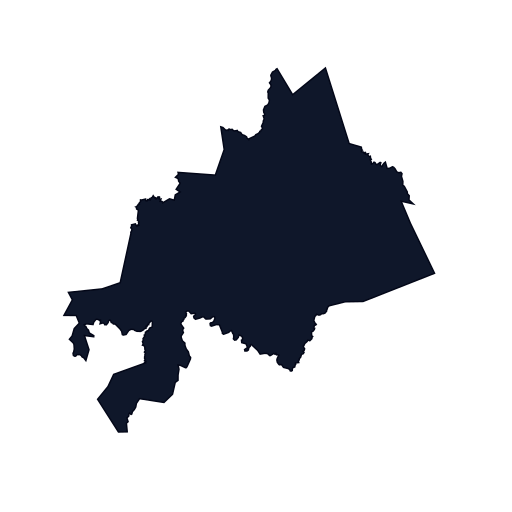 outline of Batopilas, Chihuahua, Mexico, rotated 10°
{"feature_id": "50627088B93587914067010", "entity_name": "Batopilas", "entity_type": "district", "adm_level": 2, "iso_a3": "MEX", "parent_name": "Mexico", "parent_adm1": "Chihuahua", "projection": "mercator", "projection_center": [-107.773, 26.928], "detail": "fine", "context": "isolated", "style": "filled", "palette": "ink", "viewbox_px": 512, "rotation_deg": 10, "n_neighbors": 0, "source": "geoboundaries", "source_scale": "gbopen_adm2", "svg_char_len": 6117}
<svg xmlns="http://www.w3.org/2000/svg" viewBox="0 0 512 512"><g transform="rotate(10 256 256)"><path d="M77.6,324.4L82.8,331.1L77.2,347.8L89.3,345.8L93.7,352.8L89.6,359.0L88.8,366.7L86.7,370.4L91.1,373.3L92.1,374.7L93.2,379.2L93.1,382.3L92.7,383.5L93.2,385.0L93.5,385.7L95.1,386.2L95.9,385.8L96.7,384.3L99.8,383.7L101.2,384.4L102.3,385.6L104.0,386.1L106.6,388.5L107.8,377.3L100.8,364.1L110.2,363.7L110.1,362.6L105.2,360.7L103.8,358.0L102.1,357.0L100.7,355.0L99.4,354.5L98.7,353.5L101.1,352.2L107.4,351.8L107.7,349.3L109.2,346.5L110.1,345.9L111.9,346.0L113.5,346.9L113.4,346.2L114.0,346.1L114.4,348.0L114.2,349.8L117.1,348.4L118.7,349.2L118.9,349.9L120.6,349.7L121.9,347.3L122.2,345.2L123.2,344.4L124.2,345.1L125.0,346.6L126.5,346.9L127.3,347.7L129.2,347.5L134.7,351.4L136.8,353.5L138.0,356.6L139.0,356.9L141.7,355.8L143.6,351.5L145.6,349.9L148.4,349.6L149.4,350.3L151.8,350.8L155.5,350.3L157.9,348.3L158.8,346.9L160.2,346.3L159.9,344.9L160.4,344.8L160.2,344.2L160.9,344.1L161.3,342.2L162.2,342.3L162.3,340.7L163.8,338.3L164.5,338.1L165.4,338.8L166.1,344.0L163.8,345.4L162.8,348.6L161.8,348.5L161.2,349.8L160.4,350.1L160.5,352.8L159.7,353.3L160.3,354.4L159.1,357.0L159.7,358.6L159.0,359.9L160.2,362.2L159.7,363.5L161.4,363.8L162.3,365.1L162.8,367.3L163.6,368.0L162.8,370.0L164.1,370.8L163.7,372.2L164.0,373.8L163.8,374.6L164.1,376.3L164.9,376.7L164.4,378.3L165.6,378.6L166.0,379.2L164.8,380.0L165.6,380.6L136.4,397.3L132.9,410.3L124.9,424.6L151.1,453.2L159.7,451.5L157.4,443.1L158.8,441.4L157.0,437.9L158.5,435.7L158.2,433.8L158.6,432.7L160.5,433.7L161.1,433.2L161.3,430.8L162.8,428.4L163.8,425.6L163.8,421.9L166.1,416.7L190.8,416.2L197.8,406.6L198.4,394.5L200.8,392.0L199.9,386.7L199.8,380.9L198.2,376.8L200.5,376.8L206.0,378.3L206.8,378.0L207.4,376.4L209.3,368.8L209.2,367.2L207.7,366.0L206.0,362.1L203.4,359.6L202.1,357.4L201.4,356.0L201.1,354.1L198.2,352.3L196.5,349.2L196.2,347.8L197.8,344.0L196.9,342.6L196.6,341.2L197.3,339.6L193.6,335.9L194.2,333.6L195.4,332.7L195.3,331.6L195.9,331.1L196.0,329.5L196.8,329.0L197.7,327.0L197.1,326.6L197.6,325.9L197.2,325.3L197.5,324.8L196.3,323.5L197.8,322.1L199.3,321.8L202.2,324.1L205.6,322.9L206.4,323.2L206.6,324.7L205.6,325.1L205.1,326.5L205.8,327.9L207.4,328.8L211.6,326.8L213.8,325.2L215.3,325.1L217.3,326.7L218.1,326.7L221.9,325.8L223.9,323.3L225.7,323.0L226.4,324.4L225.7,327.7L224.6,329.1L222.8,329.8L222.5,330.6L223.2,332.5L224.4,332.8L228.9,330.4L231.9,330.1L236.1,336.9L236.3,338.0L237.6,338.7L242.3,336.0L243.9,334.0L244.9,333.7L246.7,336.5L247.4,336.7L248.2,339.8L248.1,341.5L249.6,342.6L251.1,342.0L252.7,339.2L253.0,336.5L256.3,337.7L257.2,339.7L257.0,341.0L256.3,341.4L257.0,343.8L261.4,344.2L263.2,347.0L263.3,347.9L261.0,350.1L261.6,351.5L263.6,351.1L264.8,349.9L264.9,347.5L266.1,345.7L265.9,344.5L266.7,343.9L274.1,348.7L277.1,351.9L281.3,350.4L283.6,350.1L284.7,350.3L286.7,351.7L287.4,351.6L290.4,348.9L291.9,349.5L292.5,348.4L293.6,349.8L294.7,349.4L295.7,349.7L294.7,353.1L294.6,354.8L295.4,356.9L297.0,358.5L297.9,359.1L300.0,358.5L302.4,360.9L307.6,361.3L309.1,362.2L309.7,363.2L310.7,363.2L311.6,362.5L311.4,360.9L311.8,359.4L313.4,358.6L313.5,356.2L313.9,355.7L313.4,354.5L316.6,353.5L315.9,352.1L316.6,350.8L316.5,349.5L317.5,348.1L317.9,344.9L319.4,344.1L319.9,343.0L320.0,342.5L318.7,341.6L319.8,340.6L320.0,338.9L318.9,337.8L318.2,336.4L319.0,335.2L319.1,333.9L321.1,331.4L321.7,329.8L323.7,330.1L325.4,327.7L325.0,327.1L325.8,325.4L324.7,324.9L323.8,321.1L325.1,320.3L326.2,318.3L326.3,317.0L325.3,316.9L325.6,314.1L326.8,313.6L327.2,312.8L326.0,312.1L324.1,309.6L324.4,305.3L325.3,304.2L325.7,302.9L328.2,303.3L329.8,302.6L330.6,301.4L332.2,301.2L333.8,300.3L335.1,298.0L334.9,296.3L335.4,295.8L335.3,294.3L336.2,293.1L336.1,292.6L351.7,285.6L369.3,282.2L434.8,242.0L402.4,197.0L389.4,176.8L401.8,177.4L396.9,174.2L396.4,170.0L394.1,168.2L393.9,166.7L389.9,161.6L388.2,160.8L387.7,157.0L385.4,152.3L385.5,149.6L384.1,148.4L382.1,149.2L380.0,148.7L377.8,146.0L376.1,144.7L374.9,144.4L372.5,146.3L370.0,147.1L367.1,141.1L366.0,142.3L364.9,144.5L364.8,145.8L364.2,146.2L362.5,144.9L362.7,142.4L362.0,142.3L359.3,145.0L358.4,144.9L356.9,143.3L355.9,143.1L355.1,144.5L353.7,145.5L353.1,143.3L351.7,141.3L351.8,140.8L352.6,140.7L351.7,139.4L351.3,138.0L350.7,138.5L349.1,137.7L348.5,136.6L348.8,135.8L346.4,136.6L345.8,135.0L345.5,135.0L344.8,136.2L343.7,135.0L341.7,135.0L341.7,133.8L342.3,133.3L341.6,132.8L340.8,130.5L328.2,129.1L291.7,58.8L264.1,90.8L244.2,67.9L243.3,68.7L242.9,69.9L240.3,72.0L239.2,75.4L239.8,77.0L240.3,77.4L240.6,79.4L240.3,81.2L239.2,83.1L240.9,84.8L241.4,86.4L240.9,88.1L239.3,90.6L239.1,92.5L239.7,93.0L240.6,98.4L242.1,100.0L242.2,102.1L242.0,103.5L241.2,105.3L238.8,107.1L238.0,110.8L238.7,113.2L239.8,114.5L240.1,115.9L238.7,116.6L240.3,119.6L239.7,121.9L240.0,123.0L238.9,127.3L240.1,128.8L240.1,130.0L239.3,130.8L239.2,131.7L238.1,132.6L238.0,133.6L236.7,135.2L234.8,136.5L234.0,138.1L228.6,141.9L228.6,142.6L226.7,141.5L226.0,140.3L223.8,139.3L221.2,138.9L219.4,137.0L216.6,136.7L215.8,135.6L213.1,136.6L211.7,136.3L210.6,135.4L208.6,136.0L207.4,135.6L206.7,137.2L205.7,136.8L204.7,137.6L201.1,135.2L198.9,134.9L206.2,156.7L201.9,183.4L164.7,187.2L165.5,189.0L163.0,192.5L165.4,193.1L166.3,194.1L166.8,195.7L168.7,197.5L165.8,204.2L170.2,206.1L165.9,209.8L165.8,215.2L160.9,214.7L155.1,219.7L155.0,219.2L153.6,218.5L152.0,218.8L152.5,216.4L151.3,216.8L150.6,216.6L150.9,215.0L150.7,214.6L149.3,214.8L149.4,215.3L148.9,215.4L148.1,216.9L147.2,216.2L147.0,216.7L146.7,216.2L146.3,216.5L144.3,214.5L143.7,216.2L142.7,217.0L142.0,219.3L140.9,219.1L140.9,218.7L140.4,219.3L139.4,219.3L139.6,220.1L139.0,220.7L137.7,220.6L137.3,219.1L133.0,221.0L132.3,220.3L132.9,222.3L131.8,224.2L132.1,225.2L131.3,225.3L130.0,228.0L129.2,228.5L129.7,228.7L130.3,230.5L131.8,230.9L132.3,232.2L132.7,239.6L133.3,240.5L133.0,241.3L134.7,242.3L134.8,243.2L134.5,243.4L135.0,244.7L134.6,245.7L135.0,246.1L134.2,246.2L134.4,246.9L133.5,247.5L131.6,245.3L128.0,246.9L128.3,248.0L127.8,250.0L129.1,250.9L129.2,252.8L128.6,254.3L128.9,255.5L126.9,305.9L110.2,315.1L77.6,324.4Z" fill="#0f172a" stroke="#020617" stroke-width="1.5"/></g></svg>